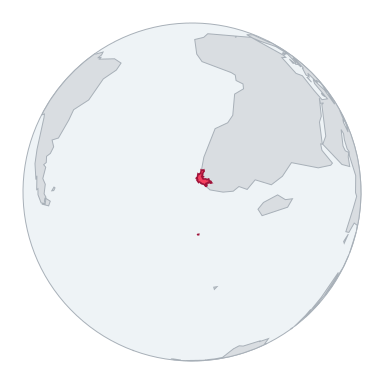 Western Cape highlighted on a globe, orthographic projection, rotated 43°
{"feature_id": "ZAF-1189", "entity_name": "Western Cape", "entity_type": "Province", "adm_level": 1, "iso_a3": "ZAF", "parent_name": "South Africa", "parent_adm1": "", "projection": "orthographic", "projection_center": [20.981, -38.718], "detail": "fine", "context": "on_globe", "style": "filled", "palette": "rose", "viewbox_px": 384, "rotation_deg": 43, "n_neighbors": 0, "source": "natural_earth", "source_scale": "10m", "svg_char_len": 7480}
<svg xmlns="http://www.w3.org/2000/svg" viewBox="0 0 384 384"><g transform="rotate(43 192 192)"><circle cx="192" cy="192" r="169" fill="#eef3f6" stroke="#a8b0b8"/><path d="M26.7,157.1L27.6,156.7L31.5,150.3L32.4,153.5L31.6,158.3L33.6,155.7L33.7,158.0L44.5,147.4L52.2,146.1L53.5,154.4L50.0,169.8L53.7,195.1L49.3,212.5L52.8,223.3L57.5,243.6L54.2,249.4L60.0,253.3L62.1,260.4L61.3,265.1L65.3,269.8L64.9,273.2L68.1,273.6L73.7,283.9L79.4,286.4L85.1,294.2L88.8,295.4L88.7,296.8L90.1,299.2L92.4,300.6L89.1,302.9L81.2,299.0L77.1,294.7L76.8,296.2L67.5,285.9L69.4,289.4L57.8,278.3L49.5,266.4L33.0,238.5L30.9,235.6L29.7,237.8L28.4,234.1L25.6,221.5L23.9,208.6L23.1,195.7L23.3,182.7L24.5,169.8L26.7,157.1ZM96.6,299.9L90.4,303.3L92.9,301.0L89.5,296.3L94.6,295.4L96.6,299.9ZM88.6,286.8L87.7,282.5L89.0,282.4L89.9,285.3L88.6,286.8ZM146.2,29.4L149.1,28.6L161.2,25.9L173.4,24.1L185.6,23.2L197.9,23.1L210.1,24.0L222.3,25.8L234.3,28.4L246.0,31.9L257.5,36.3L268.7,41.4L279.4,47.4L289.7,54.1L299.4,61.6L308.6,69.7L317.2,78.5L325.1,87.9L332.3,97.8L338.8,108.3L335.6,103.7L331.8,104.1L334.3,114.6L331.6,116.1L321.0,93.9L315.4,82.9L312.0,80.9L300.6,68.4L282.4,58.1L279.3,55.3L276.0,54.6L267.9,49.9L263.1,46.0L258.4,44.6L271.1,55.4L276.0,57.3L279.6,56.2L282.3,59.8L290.0,65.8L282.9,69.6L255.1,67.9L251.7,59.9L227.2,39.4L227.6,38.0L227.4,37.8L227.1,37.5L225.5,39.6L221.1,36.5L234.9,48.4L237.5,53.9L254.7,68.2L253.3,69.1L258.6,72.9L275.0,75.1L275.2,77.8L267.9,88.2L244.7,102.7L247.4,118.8L245.1,132.6L229.9,140.0L230.6,152.5L222.6,156.0L221.6,163.3L214.8,170.9L203.7,178.2L185.6,178.6L185.1,171.3L176.9,158.4L165.7,129.9L170.9,117.0L169.5,108.1L156.4,91.3L159.3,81.4L155.6,78.2L148.2,80.4L143.9,77.0L139.3,77.9L110.4,89.8L101.4,87.9L90.0,78.6L95.1,70.9L95.6,65.5L129.9,38.5L137.7,36.6L165.3,29.7L168.8,29.6L166.1,32.4L187.2,34.3L193.4,31.7L212.0,34.5L224.1,35.8L227.5,31.5L207.7,29.1L203.8,27.0L219.2,27.1L236.4,30.5L235.5,29.9L224.2,26.8L227.7,27.0L220.2,25.8L223.6,26.7L219.0,26.2L215.6,25.4L217.0,25.4L211.7,24.7L206.5,25.5L209.3,26.5L195.7,26.2L199.1,27.9L195.6,28.7L188.5,26.2L188.8,25.4L175.9,24.5L174.3,25.2L186.4,26.3L182.8,26.3L180.7,27.9L179.5,26.7L166.7,25.9L154.1,28.5L138.8,35.3L131.3,38.0L124.7,39.6L129.5,35.4L145.8,30.1L147.7,29.2L144.2,29.9L146.2,29.4ZM353.5,142.2L355.3,149.6L358.5,164.6L359.7,176.6L358.4,168.1L356.9,157.3L355.3,151.2L353.9,143.9L349.5,130.8L353.5,142.2ZM348.9,129.2L347.5,126.2L345.8,122.0L339.3,109.2L348.9,129.2ZM118.8,48.0L118.0,49.4L118.0,49.5L118.8,48.0ZM250.9,33.6L249.9,33.3L244.2,31.6L255.3,36.6L253.6,36.6L255.3,37.8L265.2,41.7L259.6,37.9L262.9,39.2L259.8,37.6L259.1,37.7L251.3,34.0L255.1,35.3L253.6,34.7L250.9,33.6ZM172.6,28.4L175.2,28.2L179.4,27.8L178.1,29.0L172.6,28.4ZM163.7,27.8L166.1,27.3L166.3,28.4L163.5,28.8L163.7,27.8ZM167.2,26.4L166.2,27.2L165.1,27.0L167.2,26.4ZM224.3,31.7L220.9,32.1L219.0,31.4L220.6,31.4L224.3,31.7ZM198.5,29.3L204.5,30.2L198.1,29.7L198.5,29.3ZM274.9,244.1L274.8,248.0L272.8,246.8L274.9,244.1ZM272.3,137.9L259.4,161.5L252.0,159.6L251.4,150.9L256.6,135.7L265.5,133.9L270.1,128.4L272.3,137.9ZM357.6,225.3L358.0,223.2L358.2,222.5L357.9,224.2L357.6,225.3ZM358.6,219.8L359.2,204.9L358.9,197.5L359.4,196.5L359.9,206.4L358.6,219.8ZM359.4,196.0L358.4,180.9L353.9,151.0L355.6,155.4L359.6,178.6L359.5,179.8L360.1,190.1L359.4,196.0ZM360.4,206.1L360.6,202.0L360.7,197.4L360.8,187.3L360.8,185.3L360.4,206.1ZM335.0,116.1L338.3,125.7L336.6,124.7L335.0,116.1ZM256.4,348.2L257.9,347.6L257.7,347.7L256.4,348.2ZM292.2,326.8L298.5,322.5L293.6,326.7L290.4,328.5L292.2,326.8ZM296.8,324.5L299.1,322.5L302.5,319.7L302.9,319.0L307.7,314.4L316.0,306.4L316.2,305.7L318.6,303.7L317.6,304.1L322.7,298.3L327.1,292.2L329.3,278.3L331.4,272.3L334.5,269.8L343.6,253.9L343.2,255.8L347.9,247.1L348.7,253.5L350.2,251.5L345.1,263.5L339.1,275.1L332.2,286.3L324.5,296.8L316.0,306.8L306.7,316.0L296.8,324.5Z" fill="#d9dde1" stroke="#a8b0b8" stroke-width="1"/><path d="M198.5,178.1L198.4,178.1L198.0,178.2L197.9,178.3L197.9,178.5L197.1,178.4L196.9,178.2L196.9,178.3L197.0,178.3L196.9,178.4L196.6,178.3L196.4,178.3L196.4,178.2L196.5,178.1L196.4,178.1L196.0,178.1L195.9,178.1L195.7,178.2L195.6,178.3L195.2,178.3L194.9,178.4L194.8,178.5L194.4,178.7L194.4,178.8L194.3,179.0L194.2,179.1L193.9,179.3L193.5,179.2L193.4,179.1L193.1,179.2L193.1,179.3L192.9,179.3L192.7,179.3L192.2,179.2L191.8,179.2L191.7,179.2L191.8,179.2L191.6,179.3L191.7,179.5L191.2,179.4L190.9,179.4L190.8,179.5L190.7,179.6L190.5,179.8L190.4,179.8L190.2,180.0L189.8,180.3L189.7,180.4L189.8,180.5L189.6,180.5L189.3,180.3L188.9,180.3L188.7,180.3L188.4,180.1L188.2,179.9L188.0,180.0L188.0,179.9L187.9,180.0L188.1,179.7L188.0,179.4L187.9,179.3L187.7,179.4L187.4,179.2L187.5,179.0L187.4,179.2L187.2,179.2L186.9,179.2L186.8,179.3L186.7,179.3L186.7,179.2L186.8,178.9L186.7,178.7L186.8,178.6L186.7,178.4L186.3,178.4L186.1,178.4L185.9,178.5L185.9,178.9L185.9,179.1L185.7,179.1L185.7,178.9L185.6,178.7L185.6,178.4L185.6,178.1L185.7,177.9L185.9,177.9L185.9,177.7L185.7,177.3L185.7,177.1L185.5,176.9L185.4,176.7L185.0,176.3L185.0,176.2L184.8,175.9L184.7,175.8L184.6,175.7L184.9,175.9L185.0,175.9L184.9,175.7L184.7,175.6L184.7,175.4L184.4,175.4L184.3,175.2L184.3,174.9L184.2,174.8L184.3,174.8L184.4,174.7L184.5,174.4L184.6,174.5L184.8,174.6L185.3,174.2L185.4,173.8L185.4,173.7L185.4,173.4L185.4,173.2L185.3,172.7L185.3,172.4L185.2,172.2L185.1,171.8L185.1,171.6L184.7,171.0L184.6,170.9L184.4,170.7L184.2,170.4L184.2,170.2L183.9,169.9L184.0,169.9L184.0,169.6L184.2,169.2L184.3,169.1L184.4,168.9L184.5,168.8L184.9,168.9L185.1,168.8L185.2,168.6L185.3,168.4L185.4,168.2L185.5,167.9L185.6,168.0L185.6,167.9L185.9,167.8L186.3,168.1L186.5,168.4L186.6,168.5L186.8,168.6L186.8,168.9L186.8,169.0L186.8,169.4L186.8,169.9L186.9,170.1L187.0,170.2L187.0,170.3L187.0,170.6L187.1,170.8L187.2,171.0L187.2,171.3L187.2,171.5L187.2,171.8L187.1,172.0L187.3,172.0L187.5,172.0L187.7,171.9L187.7,172.1L187.8,172.2L187.9,172.4L188.0,172.4L188.2,172.5L188.3,172.9L188.2,173.1L188.2,173.4L188.3,173.6L188.3,174.0L188.5,174.1L188.5,173.9L188.6,173.6L188.8,173.5L188.9,173.4L189.1,173.3L189.4,173.3L189.6,173.1L189.9,172.8L190.0,172.8L190.1,173.0L189.9,173.3L189.8,173.5L189.8,173.8L189.9,174.0L190.0,174.3L190.1,174.5L190.3,174.6L190.4,174.8L190.5,174.9L190.6,175.0L190.8,175.0L190.9,174.9L191.0,174.9L191.3,174.9L191.5,174.8L191.6,174.6L191.6,174.3L191.7,174.2L191.9,174.2L192.2,174.1L192.3,174.0L192.5,173.7L192.8,173.3L193.1,173.3L193.4,173.1L193.4,172.9L193.6,172.9L193.8,172.9L194.2,173.0L194.3,172.9L194.5,172.8L194.5,172.7L194.8,172.4L194.7,172.3L194.8,171.9L195.2,171.1L195.3,171.0L195.8,171.2L195.9,171.3L196.0,171.4L196.1,171.6L196.3,171.7L196.4,171.8L196.6,171.8L196.9,171.9L197.1,172.0L197.6,171.9L197.8,171.6L198.0,171.5L198.1,171.4L198.4,171.4L198.6,171.3L198.8,171.4L199.0,171.5L199.2,171.8L199.4,171.7L199.5,171.6L199.9,171.8L200.0,171.8L199.9,171.9L199.9,172.0L200.0,172.2L199.9,172.3L199.8,172.5L199.7,172.8L199.2,173.0L198.9,172.9L198.7,173.0L198.5,173.3L198.1,173.3L197.8,173.3L197.7,173.5L197.6,173.8L197.7,174.0L197.7,174.3L197.8,174.4L197.8,174.5L197.7,174.7L197.3,174.7L197.2,174.6L197.2,174.8L196.9,175.1L196.8,175.3L196.8,175.5L196.3,176.2L196.3,176.3L196.7,176.4L197.0,176.4L197.6,176.4L198.0,176.5L198.3,176.7L198.4,176.9L198.5,177.1L198.0,177.3L197.8,177.5L198.1,177.6L198.3,177.6L198.6,177.8L198.5,178.0L198.5,178.1ZM225.2,218.9L225.3,218.9L225.5,219.0L225.5,219.3L225.4,219.3L225.1,219.2L225.2,218.9ZM225.7,218.4L225.8,218.3L225.9,218.5L225.7,218.5L225.7,218.4Z" fill="#f43f5e" stroke="#9f1239" stroke-width="1.5"/></g></svg>